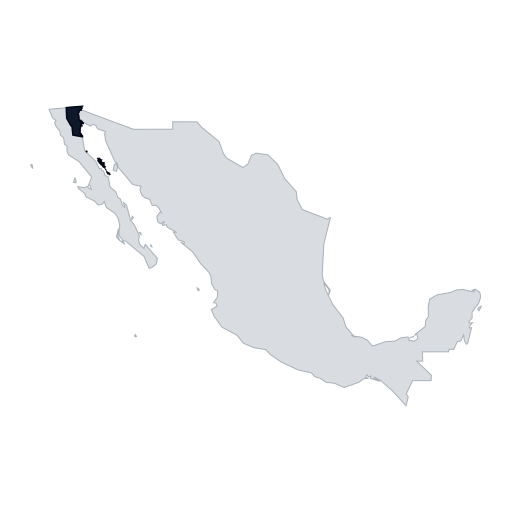 Mexicali, Baja California, Mexico (highlighted)
{"feature_id": "50627088B84599572497035", "entity_name": "Mexicali", "entity_type": "district", "adm_level": 2, "iso_a3": "MEX", "parent_name": "Mexico", "parent_adm1": "Baja California", "projection": "robinson", "projection_center": [-113.946, 30.648], "detail": "fine", "context": "in_parent", "style": "filled", "palette": "ink", "viewbox_px": 512, "rotation_deg": 0, "n_neighbors": 0, "source": "geoboundaries", "source_scale": "gbopen_adm2", "svg_char_len": 7304}
<svg xmlns="http://www.w3.org/2000/svg" viewBox="0 0 512 512"><path d="M49.0,109.3L82.3,106.3L80.8,109.7L133.5,129.3L172.8,129.2L172.7,121.8L197.1,121.9L201.5,127.2L219.0,141.5L223.4,153.5L226.6,158.1L242.9,167.5L247.9,164.0L251.5,155.2L256.3,153.2L267.9,154.8L277.8,164.5L284.7,178.6L296.2,191.5L297.2,199.6L302.4,209.6L327.2,219.1L330.4,217.6L323.9,243.5L322.2,274.5L323.5,281.1L330.2,290.1L328.9,294.9L329.2,290.0L323.7,282.5L325.5,289.4L332.4,304.0L343.2,318.0L345.8,326.7L353.3,335.5L351.3,335.3L355.5,337.4L354.2,336.1L361.9,337.3L367.5,340.3L372.5,346.1L385.4,341.7L394.9,341.1L401.2,337.7L407.9,337.0L409.2,338.3L408.8,340.1L414.3,341.3L417.9,338.5L416.8,334.0L415.0,335.1L415.5,334.1L425.2,326.5L425.7,320.3L428.4,316.7L428.2,306.7L429.7,299.2L437.2,294.8L450.5,292.5L456.3,290.0L462.8,289.4L473.7,292.0L474.5,290.4L471.7,290.3L475.3,289.1L479.8,292.4L480.7,296.9L478.8,302.9L472.1,312.0L472.1,318.1L468.7,321.8L469.4,323.2L472.5,322.7L469.3,326.5L469.4,328.1L471.6,327.6L467.8,342.9L466.7,344.3L464.4,340.8L463.7,335.0L460.7,341.0L457.4,341.5L453.7,349.4L449.0,349.3L448.6,351.8L422.4,351.8L422.7,361.1L416.7,361.1L431.4,375.3L431.1,380.6L412.6,380.6L406.3,393.7L408.2,397.0L406.1,405.7L392.3,390.8L381.2,380.9L374.5,377.1L373.8,378.0L380.0,381.4L370.5,378.4L371.0,376.0L368.6,377.0L366.9,374.9L365.3,377.2L368.5,378.3L363.7,378.8L359.0,382.2L344.1,387.5L334.3,383.2L326.1,382.3L320.4,378.4L314.9,376.7L311.4,372.9L298.0,369.9L281.2,362.0L270.3,354.5L265.6,349.5L254.4,347.8L243.7,343.4L236.8,335.1L222.0,327.2L214.1,316.2L211.3,309.5L217.1,306.3L216.1,303.4L213.5,302.5L217.3,297.4L217.7,291.3L214.5,289.2L211.3,283.1L211.2,277.5L209.1,272.6L200.3,263.2L192.6,251.9L180.7,242.2L184.1,244.0L184.3,241.9L178.1,239.8L173.3,232.1L176.6,232.4L167.4,227.2L166.1,224.6L162.7,225.5L162.1,224.4L164.6,221.4L160.3,223.7L157.6,221.5L156.9,216.4L160.1,212.0L161.3,212.8L159.0,208.2L156.0,205.3L152.2,205.4L149.5,199.2L144.8,197.8L141.9,195.2L139.9,189.7L141.1,186.3L132.8,184.6L118.1,167.2L117.2,163.1L115.0,161.8L105.5,140.4L104.6,133.8L105.6,131.6L97.6,128.9L95.7,125.4L93.1,124.2L90.3,126.2L79.4,119.8L81.4,123.9L80.1,132.0L82.6,138.5L84.7,150.7L95.8,161.5L99.4,168.8L101.0,168.4L101.9,170.6L103.5,170.9L105.1,175.6L108.2,177.0L110.1,186.9L115.8,191.9L117.8,197.4L120.5,199.2L122.5,205.8L124.8,207.4L123.4,202.5L126.6,205.3L130.6,220.4L134.3,224.8L139.3,235.6L138.6,240.2L139.7,244.3L143.9,248.3L145.3,244.3L157.4,258.5L156.3,263.8L151.7,267.7L149.1,268.2L144.0,256.4L125.2,240.8L123.5,241.0L119.6,236.1L118.8,232.8L119.8,225.4L118.1,218.4L115.2,213.5L106.2,207.4L104.2,201.4L102.6,204.0L98.0,205.1L94.6,201.1L86.1,196.9L84.7,193.4L78.4,188.4L77.8,186.6L84.3,187.6L88.1,186.1L88.1,187.7L91.4,189.4L90.1,185.4L88.6,185.1L91.7,177.0L79.2,161.8L68.9,155.1L67.1,151.7L67.0,146.1L64.5,144.2L63.6,137.8L60.4,135.1L59.9,131.3L55.4,125.3L54.6,122.5L56.0,120.6L52.8,118.2L49.0,109.3ZM117.5,167.5L116.5,171.4L113.2,170.1L114.4,164.2L116.4,163.6L117.5,167.5ZM104.2,166.7L99.4,162.5L98.1,158.1L100.5,159.5L101.1,162.0L103.5,162.6L104.2,166.7ZM479.0,310.8L477.8,309.5L478.3,307.8L481.3,306.3L479.0,310.8ZM119.9,240.9L116.5,236.9L118.4,228.8L117.9,236.1L119.9,240.9ZM75.9,182.9L73.3,182.3L75.0,178.0L76.2,181.2L75.9,182.9ZM32.9,168.5L30.7,165.7L31.2,164.5L32.0,164.5L32.9,168.5ZM122.7,241.1L124.8,244.2L120.5,241.1L122.7,241.1ZM199.2,289.3L198.8,290.7L197.7,290.1L197.2,287.9L199.2,289.3ZM140.6,232.8L141.4,235.2L139.1,232.1L140.6,232.8ZM132.1,216.3L133.4,217.4L131.6,219.7L132.1,216.3ZM136.5,336.6L135.7,336.9L134.4,335.9L135.4,334.6L136.5,336.6ZM412.4,337.1L410.1,337.7L414.1,336.3L412.4,337.1ZM152.0,246.9L150.8,246.6L150.6,244.3L152.0,246.9Z" fill="#d9dde1" stroke="#a8b0b8" stroke-width="1"/><path d="M82.5,136.8L82.5,136.6L82.4,136.4L82.5,136.2L82.3,135.6L81.1,135.0L80.9,134.8L80.9,134.7L80.7,134.4L80.8,134.2L80.9,133.9L81.1,133.9L81.0,133.7L80.9,133.7L80.5,133.4L80.3,133.1L80.0,132.7L80.0,132.2L80.0,131.8L80.1,130.7L80.1,130.4L79.9,130.2L80.0,130.2L80.0,129.9L80.1,129.7L80.1,128.9L80.1,128.6L80.1,128.1L80.2,127.9L80.3,127.8L80.3,127.7L80.5,127.1L80.4,126.3L80.7,125.5L80.8,125.3L80.8,125.1L81.0,124.6L81.3,124.5L81.4,124.3L81.5,124.1L81.4,123.6L81.3,123.3L81.2,123.1L81.0,122.6L81.0,122.1L81.1,121.5L81.1,121.2L80.9,120.9L80.7,120.4L80.3,120.4L80.0,120.2L79.7,120.3L79.7,120.2L79.3,119.9L79.2,119.6L78.9,118.2L79.1,117.5L78.6,115.7L78.8,115.2L78.5,114.8L78.4,114.7L77.9,114.3L77.8,114.1L77.9,113.8L77.9,113.7L78.0,113.5L78.1,113.4L78.4,113.1L78.6,113.0L78.6,112.8L79.0,112.5L79.0,112.3L79.0,112.1L79.0,111.9L78.9,111.7L79.0,111.6L79.0,111.3L79.2,111.2L79.3,111.0L79.4,110.9L79.4,110.6L79.3,110.4L79.4,110.2L79.5,110.1L79.8,110.2L80.0,110.1L80.3,110.1L80.6,110.3L80.8,110.2L81.1,110.2L81.1,109.8L81.2,109.7L81.2,109.4L81.2,109.2L81.3,109.0L81.4,108.9L81.2,108.9L81.3,108.4L81.2,108.3L81.2,108.1L81.2,107.9L81.3,107.8L81.5,107.9L81.5,107.7L81.8,107.5L81.8,107.4L82.0,107.2L82.2,106.7L82.3,106.5L82.4,106.3L73.1,107.0L66.3,107.6L66.3,108.3L66.4,111.8L66.7,118.3L70.7,125.4L72.0,126.7L72.9,135.1L82.5,136.8ZM99.1,158.5L98.9,158.7L98.7,158.8L98.6,158.7L98.3,158.7L98.4,158.8L98.3,159.0L98.5,159.2L98.4,159.3L98.4,159.5L98.3,159.8L98.2,159.9L98.1,160.0L98.0,160.3L98.1,160.5L98.1,160.8L98.4,160.9L98.4,161.1L98.6,161.2L98.6,161.3L98.8,161.6L99.0,162.0L99.3,162.2L99.3,162.4L99.3,162.5L99.4,162.8L99.6,162.9L99.7,163.0L99.9,162.9L100.0,163.0L100.1,162.9L100.2,163.0L100.3,163.3L100.4,163.5L100.6,163.9L100.6,164.0L100.9,164.3L101.2,164.4L101.3,164.5L101.4,164.8L101.7,164.9L101.8,165.0L102.0,165.1L102.2,165.3L102.3,165.4L102.5,165.7L102.7,165.8L102.7,166.0L102.9,166.2L102.9,166.3L103.1,166.6L103.3,166.6L103.6,166.8L103.7,167.1L103.8,167.1L104.2,167.3L104.3,167.5L104.7,167.8L104.8,167.1L105.0,166.6L104.9,166.6L104.7,166.6L104.3,166.5L104.2,166.2L104.1,165.8L104.0,165.7L103.9,165.4L103.9,164.6L104.0,164.4L104.0,164.1L104.0,163.9L103.9,163.7L104.0,163.2L103.9,162.8L103.7,162.9L103.4,162.8L103.1,162.8L102.8,162.9L102.6,162.9L102.4,162.9L102.2,162.8L101.5,162.7L101.3,162.5L101.2,162.4L101.2,162.2L101.2,161.8L101.2,161.6L101.3,161.6L101.4,161.4L101.5,161.2L101.4,161.0L101.3,160.9L101.2,160.6L101.1,160.4L101.1,160.2L100.9,160.1L101.0,160.0L100.8,160.0L100.7,159.9L100.5,159.7L100.4,159.4L100.2,159.2L99.8,159.0L99.7,158.9L99.4,158.8L99.3,158.7L99.2,158.7L99.1,158.5ZM82.0,121.4L81.8,121.2L81.7,121.1L81.4,121.1L81.2,121.4L81.3,121.7L81.2,122.0L81.3,122.4L81.4,122.6L81.7,123.0L82.1,123.1L82.3,123.2L82.3,123.3L82.5,123.4L82.8,123.4L82.7,123.1L82.5,122.9L82.7,123.1L82.8,123.3L83.0,123.4L83.1,123.5L83.2,123.4L83.3,123.4L83.3,123.2L83.1,122.8L82.4,122.3L82.2,121.9L82.0,121.4L82.0,121.5L82.0,121.4ZM108.2,172.9L107.9,172.9L108.1,173.1L108.2,173.3L108.3,173.3L108.2,173.4L108.4,173.4L108.4,173.5L108.6,173.5L108.8,173.7L109.0,173.8L109.2,174.0L109.3,174.2L109.3,174.4L109.4,174.5L109.5,174.5L109.8,174.3L109.7,174.2L109.4,174.0L109.4,173.8L109.2,173.7L108.7,173.2L108.4,173.0L108.3,172.9L108.2,173.0L108.2,172.9ZM82.0,125.8L82.0,125.7L81.9,125.5L81.6,125.4L81.6,125.5L81.6,125.8L81.8,125.9L82.0,125.9L82.0,125.8ZM86.5,151.3L86.5,151.5L86.4,151.6L86.5,151.7L86.6,151.8L86.9,151.7L86.8,151.4L86.7,151.4L86.5,151.3ZM106.9,171.9L106.9,172.0L107.0,172.0L106.9,171.9ZM105.9,169.2L105.8,169.3L105.7,169.4L105.7,169.5L105.8,169.5L105.8,169.4L105.9,169.2Z" fill="#0f172a" stroke="#020617" stroke-width="1.5"/></svg>